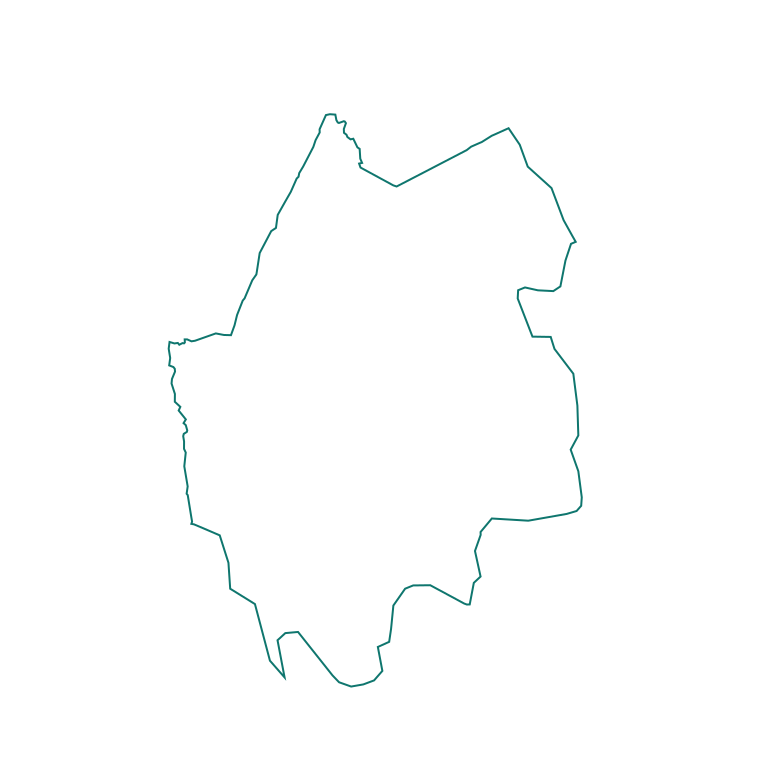 outline of Menchum, Nord-Ouest, Cameroon, rotated 338°
{"feature_id": "32672807B61384913593218", "entity_name": "Menchum", "entity_type": "district", "adm_level": 2, "iso_a3": "CMR", "parent_name": "Cameroon", "parent_adm1": "Nord-Ouest", "projection": "mercator", "projection_center": [10.029, 6.605], "detail": "fine", "context": "isolated", "style": "outline", "palette": "teal", "viewbox_px": 768, "rotation_deg": 338, "n_neighbors": 0, "source": "geoboundaries", "source_scale": "gbopen_adm2", "svg_char_len": 2134}
<svg xmlns="http://www.w3.org/2000/svg" viewBox="0 0 768 768"><g transform="rotate(338 384 384)"><path d="M615.0,324.0L614.1,317.3L611.9,299.4L612.7,265.1L598.7,236.3L599.5,213.0L595.3,193.5L580.4,194.1L576.9,194.2L565.2,196.3L563.6,196.3L553.7,196.6L548.4,198.1L502.6,202.5L469.7,205.6L467.0,203.3L443.3,174.5L443.5,170.3L446.5,170.8L446.4,166.2L449.5,156.9L448.0,154.6L447.4,145.1L446.8,145.0L444.6,144.6L442.6,141.3L442.6,138.8L441.0,136.1L442.3,132.5L446.4,127.9L446.0,126.0L445.2,125.3L440.0,125.1L439.1,124.2L438.7,121.5L439.8,116.0L434.9,113.6L430.9,112.9L419.7,123.7L418.6,126.7L411.9,132.3L407.3,137.7L390.5,152.1L384.4,156.7L382.4,159.8L380.0,160.8L369.6,170.9L361.2,177.5L348.8,187.4L342.3,198.8L336.7,200.0L334.8,201.6L317.8,216.0L308.0,232.5L306.7,234.6L300.7,238.5L286.8,252.4L284.3,253.7L273.6,265.0L267.4,273.6L260.4,281.4L254.0,278.6L253.2,278.1L247.0,274.1L225.0,273.1L221.5,272.3L218.2,268.9L215.9,268.0L214.9,270.9L213.8,271.4L212.5,270.6L208.9,270.9L208.2,268.7L204.9,267.9L200.9,264.7L197.6,270.6L197.2,272.3L195.5,279.8L191.8,286.3L195.1,289.4L195.7,291.5L194.9,294.2L189.3,299.9L187.2,304.0L186.4,314.9L183.4,322.1L186.6,328.9L183.7,331.7L187.0,342.6L183.5,345.2L184.8,347.9L184.2,353.3L183.2,354.6L179.7,355.2L178.3,357.1L177.1,362.4L174.3,369.2L174.5,373.3L168.0,385.5L163.6,405.4L163.2,406.1L159.9,411.8L160.4,413.5L155.5,435.1L154.5,439.7L153.0,441.5L155.3,443.0L166.0,453.7L175.0,462.8L172.8,491.5L164.7,516.2L181.9,539.7L174.6,597.8L181.9,618.8L189.3,581.7L199.2,578.0L211.4,581.7L227.1,634.9L230.6,643.7L240.2,652.2L252.3,654.8L263.8,655.1L267.3,653.3L275.0,649.4L279.8,625.5L292.2,625.0L298.7,613.9L300.5,610.5L309.7,592.9L326.9,581.7L335.6,581.7L351.5,587.9L376.1,617.6L378.2,619.5L380.9,620.5L392.8,602.0L401.4,598.7L405.8,572.9L417.1,560.1L418.1,557.4L433.6,549.1L466.6,564.8L504.7,572.9L515.0,573.9L521.2,570.8L524.9,563.2L531.5,537.7L532.5,514.8L544.9,504.5L555.2,476.5L562.7,448.0L563.4,445.4L555.2,415.3L556.2,402.8L539.4,395.7L540.0,354.8L543.5,347.3L550.9,347.3L561.8,354.8L575.8,361.3L584.1,359.6L598.5,337.5L609.9,324.1L615.0,324.0Z" fill="none" stroke="#0f766e" stroke-width="2"/></g></svg>